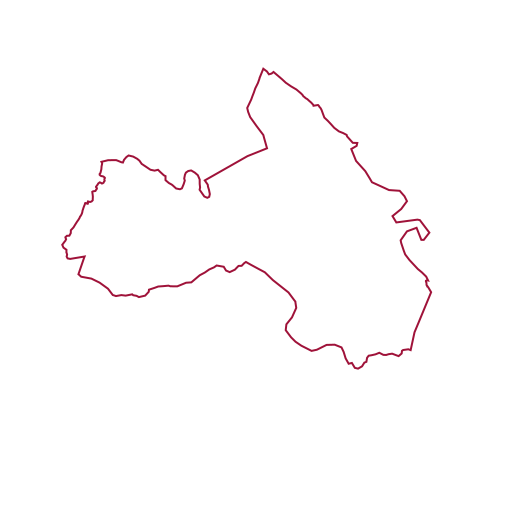 Rijau, Niger, Nigeria (Robinson projection), rotated 325°
{"feature_id": "59680162B75618838886778", "entity_name": "Rijau", "entity_type": "district", "adm_level": 2, "iso_a3": "NGA", "parent_name": "Nigeria", "parent_adm1": "Niger", "projection": "robinson", "projection_center": [5.043, 11.05], "detail": "fine", "context": "isolated", "style": "outline", "palette": "rose", "viewbox_px": 512, "rotation_deg": 325, "n_neighbors": 0, "source": "geoboundaries", "source_scale": "gbopen_adm2", "svg_char_len": 4460}
<svg xmlns="http://www.w3.org/2000/svg" viewBox="0 0 512 512"><g transform="rotate(325 256 256)"><path d="M369.4,106.8L360.9,112.3L360.7,112.6L356.8,115.4L351.5,118.3L348.1,120.8L344.8,123.0L341.8,125.1L338.3,127.1L333.7,129.7L332.2,133.5L330.9,138.9L331.0,149.9L331.4,161.1L330.5,163.5L326.8,174.1L306.3,169.3L257.4,164.7L257.4,165.3L257.4,167.4L257.4,169.0L257.4,169.8L257.2,170.3L256.4,171.7L256.4,171.9L255.4,174.9L253.7,178.8L251.6,180.7L249.5,180.4L247.8,177.6L247.8,173.7L247.8,169.7L247.8,169.4L249.5,167.8L251.2,164.7L253.4,161.5L253.7,161.2L254.7,156.5L253.7,152.6L252.0,148.8L251.9,148.7L249.2,147.5L246.4,147.5L244.4,148.7L241.6,151.4L241.5,151.8L240.9,153.4L237.9,155.7L234.1,158.1L232.0,157.7L229.3,154.9L228.3,150.4L227.9,149.1L226.5,146.3L225.4,142.1L225.4,141.9L227.4,139.1L227.7,138.7L227.2,137.8L226.8,137.0L225.7,132.0L225.2,129.2L221.9,127.9L219.0,124.8L217.2,120.1L215.2,115.0L215.2,112.6L215.2,111.1L214.6,108.9L214.5,108.4L212.7,104.7L212.4,104.1L209.3,100.6L206.6,100.6L203.1,101.5L200.6,103.1L199.5,102.0L197.7,99.1L196.4,97.2L189.8,92.7L183.4,90.2L183.3,90.7L183.3,90.9L183.2,91.7L183.0,92.0L182.4,92.6L180.9,94.0L179.1,96.2L176.3,98.7L175.0,99.1L174.5,99.8L174.7,100.9L175.1,101.8L175.8,102.4L176.3,103.0L176.6,103.5L176.7,103.8L177.0,104.7L177.0,105.4L176.7,105.6L176.1,105.9L175.5,106.6L175.4,107.0L175.2,107.6L174.0,108.0L173.2,108.5L172.0,108.5L171.8,108.4L171.3,108.2L171.0,107.3L170.6,106.5L170.2,106.0L169.2,106.1L168.4,106.1L167.2,106.7L166.1,107.0L165.4,107.3L164.7,107.5L164.4,108.1L164.6,109.2L164.3,109.5L163.7,109.9L162.8,110.1L161.8,110.6L161.0,110.3L160.2,109.8L159.3,109.5L158.7,109.5L158.0,110.8L157.8,111.3L157.2,112.4L156.4,113.8L155.4,115.1L154.2,116.7L152.7,117.0L151.3,116.7L150.5,116.0L150.0,115.4L149.7,114.9L149.3,115.1L148.7,116.3L148.1,116.7L147.6,116.2L147.3,115.4L146.9,114.9L146.3,114.7L145.3,115.6L143.7,116.6L142.0,117.8L141.0,118.6L140.1,119.2L138.8,120.5L137.8,121.3L136.6,122.0L135.6,122.5L134.5,122.8L133.1,123.7L131.0,124.6L129.2,125.2L126.1,126.5L124.5,127.2L122.9,127.9L121.1,128.3L119.1,128.7L117.4,131.0L114.8,132.3L112.7,131.0L110.6,131.3L110.4,131.8L110.1,133.3L108.5,134.2L107.0,134.6L105.8,135.0L103.7,135.7L103.6,136.2L103.1,138.7L104.3,142.2L104.0,142.6L102.7,144.4L102.7,144.7L102.1,146.4L102.0,146.6L100.6,147.8L100.5,148.2L100.3,149.9L102.1,151.8L115.3,158.1L114.7,158.5L114.1,158.9L100.1,169.1L100.2,169.4L100.9,172.7L108.2,180.1L112.6,188.1L116.0,197.9L116.3,205.8L117.3,207.1L118.3,208.5L123.3,210.8L126.5,213.7L132.6,216.4L132.9,217.7L135.3,220.1L136.5,222.5L142.5,224.9L147.6,223.8L149.0,222.2L154.6,223.9L158.4,224.9L162.9,227.6L167.3,230.1L168.5,231.7L174.1,235.7L183.4,237.8L187.9,240.5L198.9,239.5L204.6,240.2L210.0,240.2L215.0,241.2L216.6,241.2L218.3,241.2L223.4,246.3L223.1,250.7L225.2,254.1L230.9,255.1L232.8,254.7L236.0,254.1L238.6,255.8L242.2,255.1L244.3,255.1L246.7,260.1L250.5,267.7L253.9,274.4L256.0,285.4L261.7,304.5L262.0,314.3L262.1,315.9L261.8,316.4L259.2,321.6L250.3,326.9L241.7,329.4L237.8,333.8L237.8,334.1L238.1,342.8L239.2,348.9L241.7,355.5L247.1,365.6L252.1,367.7L262.8,369.3L269.6,373.8L273.6,379.9L272.8,384.8L270.7,391.3L270.2,396.6L270.1,397.4L273.2,398.6L272.8,404.3L275.0,406.8L279.6,407.2L283.6,405.5L285.7,406.0L288.6,403.1L291.1,402.3L293.6,403.5L297.5,405.1L301.5,406.0L303.6,410.0L305.8,411.7L308.3,412.5L311.5,414.1L314.0,417.8L315.4,419.8L319.4,419.4L321.2,417.4L322.6,417.4L327.3,419.8L328.7,421.8L342.1,409.4L351.6,403.4L378.7,386.1L379.1,381.0L379.1,379.0L378.9,379.0L379.1,377.5L380.2,375.8L380.6,374.3L381.0,373.8L381.9,373.9L382.5,374.4L382.9,374.8L383.6,370.5L382.5,364.6L381.1,359.5L379.4,347.4L379.1,340.3L380.1,336.4L382.4,328.6L383.5,326.1L393.8,322.4L403.7,325.0L400.7,337.6L402.7,339.0L411.4,336.3L410.8,320.6L409.1,318.8L390.2,309.0L390.7,301.6L401.9,300.8L411.1,297.7L411.9,292.2L411.1,285.0L402.8,278.3L398.3,270.6L396.6,267.7L393.3,262.1L393.7,257.3L393.7,257.2L394.2,249.2L392.5,235.5L395.4,223.0L401.6,223.5L403.8,221.5L400.2,218.8L399.2,210.3L399.7,208.8L397.9,205.3L395.4,201.5L393.6,195.9L393.1,191.7L392.4,186.7L391.4,181.8L392.4,177.9L392.7,176.8L393.4,174.2L393.6,173.0L393.7,171.8L393.5,170.3L393.6,168.9L393.4,167.9L389.3,165.9L389.6,165.1L389.5,164.3L389.2,162.0L388.5,159.2L388.0,156.9L387.2,155.2L386.8,153.4L386.4,152.4L386.5,151.0L386.2,148.9L384.6,142.8L382.0,137.1L379.8,131.2L378.6,125.7L375.9,115.3L373.4,115.5L370.8,114.6L370.8,111.1L369.4,106.8Z" fill="none" stroke="#9f1239" stroke-width="2"/></g></svg>